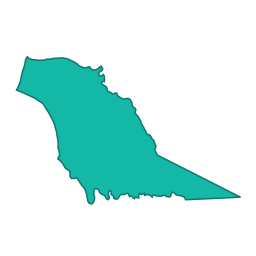 Salvaterra, Pará, Brazil (Robinson projection), rotated 178°
{"feature_id": "56859067B73547527408791", "entity_name": "Salvaterra", "entity_type": "district", "adm_level": 2, "iso_a3": "BRA", "parent_name": "Brazil", "parent_adm1": "Pará", "projection": "robinson", "projection_center": [-48.631, -0.813], "detail": "fine", "context": "isolated", "style": "filled", "palette": "teal", "viewbox_px": 256, "rotation_deg": 178, "n_neighbors": 0, "source": "geoboundaries", "source_scale": "gbopen_adm2", "svg_char_len": 3195}
<svg xmlns="http://www.w3.org/2000/svg" viewBox="0 0 256 256"><g transform="rotate(178 128 128)"><path d="M226.1,202.7L227.0,201.6L227.9,199.8L228.4,198.0L228.6,196.4L229.6,193.0L231.4,188.4L233.0,182.5L233.2,181.1L234.2,177.6L234.9,176.1L235.5,174.8L236.6,172.4L238.1,169.7L232.4,167.3L220.1,161.1L212.1,155.3L205.4,143.7L201.6,135.1L199.6,126.7L199.4,124.7L198.3,116.7L198.6,110.2L198.0,108.4L197.5,106.6L197.6,105.3L197.2,103.9L197.6,102.5L198.5,101.2L199.2,99.6L197.1,97.9L194.9,95.5L193.1,92.1L192.1,90.3L190.8,89.1L189.0,87.9L187.8,86.8L187.5,84.1L187.6,82.1L187.1,80.5L186.3,79.6L184.1,79.4L182.4,79.9L180.6,79.5L179.3,77.6L177.4,74.1L175.6,71.7L173.1,68.1L171.7,63.3L171.1,59.6L170.8,56.9L169.9,54.6L168.7,53.9L166.7,53.3L165.3,54.8L164.4,56.3L163.9,58.4L163.8,59.8L164.3,62.2L164.4,64.0L164.4,65.4L164.1,67.1L162.8,68.6L161.4,68.2L159.7,67.5L159.1,66.1L158.7,64.7L157.6,63.6L156.3,62.6L154.4,61.8L153.4,60.9L152.0,57.9L150.7,57.0L149.1,58.2L149.1,60.3L149.9,61.4L149.9,63.3L149.3,64.9L148.5,66.0L147.1,65.8L147.0,64.3L147.3,62.1L145.8,61.3L144.7,60.0L144.6,58.2L143.7,57.6L142.2,57.3L140.7,57.6L138.2,61.1L137.2,62.0L135.8,61.7L134.3,61.7L132.6,62.2L131.3,62.9L129.9,62.3L129.4,60.7L128.9,59.4L127.6,60.1L126.3,59.3L125.2,57.7L124.1,57.2L123.4,58.4L121.3,58.1L119.7,57.7L119.7,59.5L119.6,61.2L118.7,62.2L117.9,61.2L116.7,61.3L115.4,61.7L113.9,62.2L113.9,60.1L112.6,60.2L111.6,60.8L109.9,60.6L108.3,59.9L107.3,59.1L106.3,58.1L105.8,59.4L104.6,60.1L103.1,59.8L101.9,59.0L100.1,58.9L99.0,58.9L97.4,58.6L96.3,58.9L94.9,59.5L93.7,59.4L92.6,58.6L91.4,58.1L89.8,57.8L88.6,57.6L87.6,58.5L87.4,60.1L86.2,62.0L84.7,62.2L82.6,59.8L81.2,59.2L79.4,58.9L78.0,58.4L76.5,58.1L74.6,57.3L73.7,55.9L72.9,54.3L33.8,54.7L17.9,55.0L21.2,56.7L99.6,99.9L100.1,101.1L100.8,102.6L101.4,103.7L101.9,105.5L101.1,107.3L100.6,109.2L101.4,110.4L102.4,114.0L103.2,115.4L104.3,116.3L104.9,117.4L105.5,118.8L106.2,119.9L107.3,120.6L108.6,120.7L109.9,122.1L110.1,123.4L110.6,124.6L111.4,125.8L112.2,127.8L113.0,129.1L113.5,130.3L114.3,131.5L114.8,132.6L114.9,134.4L115.7,135.8L116.6,137.0L117.2,139.0L118.4,140.1L120.3,142.7L120.2,144.4L119.4,145.7L119.9,147.0L122.5,149.3L122.9,150.7L123.2,152.8L124.0,154.8L125.0,156.5L126.3,157.4L128.9,157.6L130.5,157.0L132.0,157.2L133.8,158.2L135.1,159.1L136.5,159.9L137.4,161.2L138.1,163.3L139.7,163.4L141.0,162.6L142.3,162.6L143.6,163.8L145.2,164.7L147.0,165.2L147.5,166.7L147.5,168.1L148.1,169.8L149.3,170.6L151.3,171.7L152.6,173.0L152.9,174.5L151.8,175.3L150.0,175.2L149.7,177.0L149.8,179.2L150.0,181.1L151.0,182.3L152.3,181.1L154.0,180.7L154.9,181.5L155.3,182.9L155.1,184.4L154.1,185.4L152.9,185.6L151.7,186.7L151.2,188.2L152.7,190.8L154.6,189.5L155.8,188.3L158.6,187.2L161.5,187.3L163.1,188.6L164.0,190.3L165.2,190.6L166.8,190.0L168.2,189.8L169.7,189.6L171.5,190.3L174.3,191.7L175.6,192.7L176.6,193.9L178.0,194.8L179.5,196.0L180.7,196.5L182.3,197.3L184.7,198.6L187.5,199.6L189.1,199.9L190.3,200.2L191.9,200.4L193.2,200.4L195.7,200.2L197.2,200.2L198.5,200.2L200.0,200.2L201.8,199.7L204.8,199.5L206.6,199.7L208.4,199.0L211.8,198.7L213.3,198.8L214.9,198.8L216.8,199.0L220.0,199.7L221.3,199.7L224.5,200.9L226.1,202.7Z" fill="#14b8a6" stroke="#0f766e" stroke-width="1.5"/></g></svg>